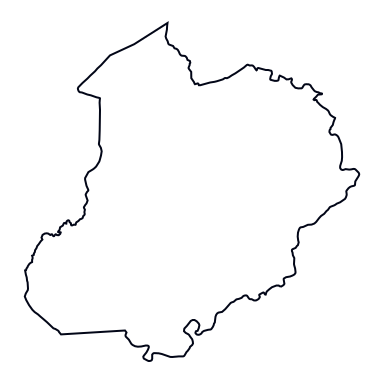 El Triunfo, Choluteca, Honduras (orthographic projection)
{"feature_id": "27666195B77536199573353", "entity_name": "El Triunfo", "entity_type": "district", "adm_level": 2, "iso_a3": "HND", "parent_name": "Honduras", "parent_adm1": "Choluteca", "projection": "orthographic", "projection_center": [-87.02, 13.087], "detail": "fine", "context": "isolated", "style": "outline", "palette": "ink", "viewbox_px": 384, "rotation_deg": 0, "n_neighbors": 0, "source": "geoboundaries", "source_scale": "gbopen_adm2", "svg_char_len": 5850}
<svg xmlns="http://www.w3.org/2000/svg" viewBox="0 0 384 384"><path d="M61.0,334.4L125.0,330.5L126.5,332.5L125.6,334.7L125.5,335.7L125.8,336.6L128.8,339.6L131.3,343.8L132.5,344.9L135.0,346.2L137.8,346.7L141.2,346.5L145.9,345.5L147.7,345.6L148.5,346.0L148.8,346.6L148.8,347.4L148.0,349.6L146.4,352.5L143.9,355.6L143.3,356.6L143.5,357.8L143.9,358.6L147.6,360.6L148.6,361.0L149.7,361.0L150.9,360.7L151.7,360.2L152.2,358.8L152.2,354.6L153.0,353.6L154.0,353.1L158.6,353.3L161.8,354.0L170.2,356.9L172.2,357.0L178.9,356.4L183.1,356.4L183.9,356.1L184.5,355.5L186.6,351.9L187.5,351.1L189.5,348.4L190.1,346.8L192.2,345.0L193.0,343.5L192.8,341.5L192.2,339.3L190.0,336.4L189.3,335.2L188.4,334.3L185.7,332.9L184.0,331.2L184.2,329.3L184.4,328.5L186.9,325.9L190.8,320.9L192.6,320.0L194.5,320.0L196.7,321.3L198.8,323.6L199.4,325.2L198.7,328.3L197.6,330.8L195.9,331.3L195.4,332.9L195.9,333.7L197.0,334.6L198.3,334.8L199.6,334.6L201.3,333.6L202.3,332.0L204.0,330.9L208.1,329.8L210.6,329.5L211.3,329.1L212.8,327.0L213.7,325.1L214.0,323.6L214.8,322.5L215.5,316.7L216.2,314.8L217.1,313.5L218.4,312.6L222.1,311.9L225.2,309.2L230.7,302.9L232.0,302.3L233.6,301.8L236.4,299.4L239.1,298.8L241.2,298.0L241.9,297.6L242.7,296.6L243.6,295.9L244.8,295.5L245.9,295.4L246.6,295.5L247.2,295.9L248.9,298.4L249.6,299.0L250.5,299.2L251.7,299.2L253.9,300.4L255.2,300.5L256.4,300.3L258.6,299.0L259.7,297.4L259.8,296.9L259.2,295.0L259.5,294.5L262.7,292.7L263.5,292.5L263.9,292.7L264.9,294.3L265.3,294.6L265.7,294.6L266.3,292.5L266.9,291.4L269.5,289.1L272.0,287.2L276.5,285.5L278.7,285.5L279.6,286.2L281.3,286.5L283.5,285.1L284.4,283.8L283.7,279.7L283.7,278.9L283.9,278.5L286.1,277.2L290.1,276.5L292.6,275.5L294.5,274.4L295.5,272.9L295.5,271.7L295.1,268.4L294.3,265.6L294.0,264.1L294.3,258.1L292.9,255.3L292.5,252.4L292.0,251.4L291.9,250.3L292.1,249.6L292.6,249.2L295.6,247.9L297.0,245.9L297.9,245.2L298.7,242.3L298.2,240.6L297.7,236.6L298.0,232.6L299.0,229.4L299.8,228.0L300.5,227.4L303.3,226.9L307.9,224.8L311.6,224.6L314.4,223.5L316.2,221.9L319.1,218.1L321.0,216.0L324.2,213.8L326.5,211.0L327.9,209.9L329.8,207.2L330.9,206.6L334.1,205.4L335.4,204.7L336.7,203.7L340.1,202.3L345.0,198.9L345.9,197.4L346.6,195.3L346.7,194.3L346.3,191.3L346.6,190.6L348.5,188.2L350.0,187.0L351.3,186.4L353.9,185.8L354.8,185.3L355.0,184.8L355.3,181.4L358.5,176.3L359.2,174.7L359.1,173.6L358.6,172.6L355.5,169.5L354.7,169.0L353.4,168.9L351.2,169.4L349.2,169.6L345.6,169.1L343.4,169.9L342.5,170.0L341.3,169.6L340.3,168.4L340.1,167.3L340.2,165.9L341.8,160.8L342.1,157.1L342.0,152.0L341.2,144.1L338.7,137.8L338.2,136.8L337.6,136.0L336.4,135.0L335.0,134.4L334.0,134.5L332.7,134.9L331.2,134.7L330.7,134.2L329.4,132.0L329.6,130.3L329.9,129.6L330.5,129.2L330.6,127.8L332.8,125.0L333.5,122.2L334.3,120.0L335.0,118.6L335.1,117.9L333.0,116.8L330.7,115.2L329.8,114.0L328.7,111.5L328.0,110.5L326.1,109.0L322.8,107.1L320.0,104.8L318.0,102.6L317.2,101.9L316.8,100.6L316.5,100.1L315.9,99.9L315.0,100.1L314.2,100.1L313.6,99.6L313.9,98.9L316.4,96.5L317.7,94.9L318.4,94.6L321.7,94.3L322.0,94.0L322.0,93.6L321.6,93.4L320.6,93.4L318.4,92.3L316.7,92.0L315.0,91.3L314.1,90.5L311.6,87.3L310.6,85.5L309.6,84.7L308.6,84.3L306.1,84.2L304.6,84.5L303.8,85.3L302.3,87.8L301.6,88.3L298.3,88.4L295.4,87.8L292.7,85.1L291.3,82.7L291.2,81.9L292.0,79.8L291.8,78.9L291.4,78.4L290.5,78.6L288.6,79.3L286.5,79.4L283.9,77.5L279.8,75.6L279.5,75.9L278.9,77.6L278.5,80.0L277.9,80.6L276.4,80.9L274.8,80.9L270.6,79.8L270.3,79.5L270.2,78.9L270.7,76.4L272.0,73.9L271.7,71.5L271.3,70.8L268.2,70.0L265.8,70.0L258.4,68.0L257.6,68.2L257.1,69.0L256.9,70.0L256.5,70.3L255.9,69.7L254.1,66.9L252.9,65.7L252.0,65.4L249.7,65.5L247.8,64.7L246.8,65.0L243.8,67.6L235.4,73.3L231.7,75.4L228.9,77.3L226.9,78.2L225.8,78.0L224.8,78.1L222.8,79.4L217.0,81.2L214.6,81.8L210.1,82.5L200.3,85.2L198.9,85.2L198.4,83.8L197.8,83.4L195.0,84.2L194.5,83.6L194.1,82.3L191.3,78.2L191.2,71.9L189.0,69.0L188.6,68.2L188.6,67.6L189.7,64.9L189.7,63.7L190.3,62.8L189.9,61.0L187.5,59.9L186.7,57.6L185.4,56.2L184.6,55.9L181.8,55.7L180.8,55.2L179.8,54.0L178.9,51.8L177.8,49.9L176.6,48.9L174.5,48.3L173.1,46.0L169.2,44.6L168.3,43.7L167.7,41.3L166.2,38.5L165.6,36.5L166.9,29.7L167.2,25.2L167.5,23.0L134.2,44.2L110.0,55.4L101.1,65.1L97.4,68.5L95.0,71.3L90.2,75.7L87.5,78.5L82.5,83.0L78.4,87.2L77.9,88.3L78.0,89.5L78.6,91.0L79.0,91.6L79.8,92.2L82.0,92.5L87.3,94.5L90.8,95.3L96.5,97.3L98.8,97.8L99.9,98.2L100.0,98.6L99.8,99.8L99.6,102.7L100.0,109.9L99.7,130.4L99.4,139.9L98.9,144.0L99.2,144.9L100.9,147.9L101.7,151.3L101.0,155.5L99.7,160.3L99.3,161.5L97.7,164.1L96.1,166.6L94.2,168.4L92.7,169.5L88.4,172.1L85.1,178.1L85.1,179.7L86.5,185.8L88.2,189.6L88.3,190.4L88.2,190.7L87.0,192.0L85.7,194.4L85.8,195.4L87.6,200.5L86.5,203.5L85.3,204.9L83.9,207.2L84.0,207.9L84.9,209.7L84.4,212.1L84.7,213.9L84.6,214.6L84.1,215.3L83.4,215.8L82.5,218.2L81.3,218.9L80.1,219.2L78.4,221.0L76.4,222.3L75.8,223.5L75.7,224.6L75.5,224.8L73.7,224.7L72.5,225.3L71.4,225.3L71.0,224.7L71.0,223.7L70.8,223.1L69.7,222.3L69.2,220.7L68.5,220.3L67.6,220.5L66.8,221.2L66.5,221.9L66.3,223.6L65.7,223.5L65.0,222.9L63.9,223.2L62.8,225.6L60.1,227.3L59.6,229.8L58.2,231.5L58.1,232.0L58.5,232.3L60.3,232.2L60.7,232.4L60.2,233.9L58.7,235.2L57.0,235.1L56.1,234.4L55.7,234.3L55.2,234.6L54.1,236.1L53.6,236.2L53.3,236.1L52.0,234.3L51.3,234.3L50.7,234.9L50.3,235.0L48.3,233.6L46.7,233.3L44.7,233.6L42.6,234.9L41.5,237.6L42.4,239.6L40.8,241.2L38.6,244.4L37.3,245.9L36.4,248.3L35.1,250.2L34.8,252.1L33.9,253.5L33.8,254.9L32.1,255.7L32.5,256.8L32.6,257.9L32.5,258.8L32.1,259.7L32.1,262.1L30.5,262.9L29.2,264.1L27.7,266.4L27.5,267.2L26.5,268.5L26.0,270.2L25.1,270.4L25.9,274.7L26.7,277.4L27.1,280.8L27.6,282.3L28.0,288.5L27.8,290.1L25.8,293.5L24.8,296.5L26.2,300.0L29.1,305.2L32.4,309.8L34.7,312.1L38.0,314.4L40.1,316.3L46.9,322.1L53.4,328.3L55.4,329.0L58.2,330.7L58.8,331.4L59.0,332.0L61.0,334.4Z" fill="none" stroke="#020617" stroke-width="2"/></svg>